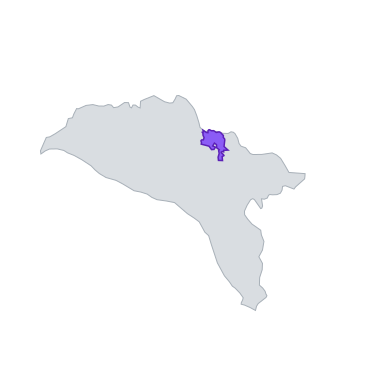 where Stîngă Nistrului sits in Moldova, rotated 326°
{"feature_id": "MDA-1628", "entity_name": "Stîngă Nistrului", "entity_type": "District", "adm_level": 1, "iso_a3": "MDA", "parent_name": "Moldova", "parent_adm1": "", "projection": "albers", "projection_center": [29.192, 47.279], "detail": "coarse", "context": "in_parent", "style": "filled", "palette": "violet", "viewbox_px": 384, "rotation_deg": 326, "n_neighbors": 0, "source": "natural_earth", "source_scale": "10m", "svg_char_len": 2578}
<svg xmlns="http://www.w3.org/2000/svg" viewBox="0 0 384 384"><g transform="rotate(326 192 192)"><path d="M88.0,76.0L89.4,73.1L101.7,65.3L104.8,66.7L111.1,67.2L124.0,67.3L130.5,62.0L134.4,63.6L137.6,61.3L143.0,58.3L143.7,59.0L144.4,59.5L152.6,61.0L158.7,64.1L162.8,68.6L167.0,71.5L171.4,72.6L173.8,74.9L174.2,78.3L178.3,80.1L186.1,80.1L189.3,82.4L188.1,86.9L188.9,88.4L191.7,86.9L193.7,88.3L194.8,91.6L196.0,93.3L200.1,88.0L204.2,88.6L214.3,90.8L219.7,101.8L223.1,105.7L226.0,107.3L229.8,105.6L233.1,103.6L235.0,104.6L239.1,111.8L240.1,121.3L240.1,125.1L238.6,131.5L236.5,138.4L234.8,142.8L235.5,146.4L237.0,149.4L239.5,150.4L247.4,156.4L250.4,160.6L254.7,163.7L258.0,163.9L259.7,165.6L260.3,167.7L259.9,173.1L258.1,178.2L258.3,181.5L261.2,185.3L261.6,189.8L261.8,192.7L263.4,194.9L270.7,199.8L280.3,204.4L282.8,208.5L284.3,213.7L283.9,222.4L283.3,230.0L296.0,240.0L294.6,241.9L292.7,244.1L280.7,245.7L278.2,246.6L272.9,239.0L270.2,238.0L267.7,240.8L264.6,242.4L261.0,241.7L257.1,239.3L255.1,237.6L253.6,237.5L251.1,239.1L247.9,238.4L245.8,236.5L242.7,243.1L240.9,244.4L239.7,244.2L239.5,233.2L238.6,231.5L236.2,231.2L230.3,233.8L224.8,237.2L222.9,240.3L223.0,245.7L223.8,252.2L227.6,262.1L225.5,266.4L224.0,273.2L218.0,279.5L211.2,283.1L210.5,290.6L206.7,295.7L200.2,300.8L195.8,306.9L196.9,311.1L197.1,315.1L196.3,317.8L196.1,319.9L194.4,320.8L184.5,321.5L181.6,322.8L178.4,325.7L175.4,320.0L172.3,315.1L170.0,312.5L171.0,311.3L173.5,309.9L175.3,308.3L175.2,302.5L174.0,295.8L172.8,292.6L172.8,287.5L172.0,279.6L173.4,265.0L178.6,246.6L181.4,237.5L180.2,232.5L181.3,220.8L179.3,215.0L176.1,207.4L171.6,191.0L165.8,185.2L158.7,178.8L155.7,174.0L153.7,168.7L149.5,163.4L144.7,158.6L139.1,146.6L136.2,141.1L135.3,139.6L128.8,131.9L125.5,124.9L123.9,119.2L123.0,113.9L118.6,103.4L114.6,95.6L110.7,89.9L109.0,85.9L104.4,80.9L97.9,76.7L93.6,75.9L88.0,76.0Z" fill="#d9dde1" stroke="#a8b0b8" stroke-width="1"/><path d="M235.7,146.9L237.3,150.8L238.4,151.7L239.5,150.2L240.5,149.8L241.4,150.2L242.4,152.1L244.3,153.3L245.4,156.2L248.1,157.3L248.9,158.5L249.6,162.7L248.5,164.2L248.7,166.3L248.2,167.3L244.0,172.2L245.3,177.4L241.6,175.2L240.7,176.4L240.2,175.6L238.7,175.2L238.2,175.8L239.0,178.6L238.8,179.7L236.8,179.5L234.9,183.0L231.6,180.6L233.1,177.7L236.1,175.2L237.2,172.6L238.2,172.2L237.2,169.2L238.8,166.4L237.9,164.0L234.9,165.4L236.5,168.0L234.0,169.0L231.9,167.8L231.7,163.5L226.4,157.5L227.5,156.3L228.0,154.6L229.0,154.2L230.6,155.1L232.4,153.7L232.9,151.0L233.9,149.5L233.9,148.2L235.1,148.5L235.7,146.9Z" fill="#8b5cf6" stroke="#5b21b6" stroke-width="1.5"/></g></svg>